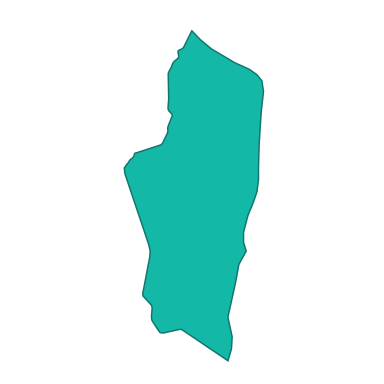 SVG path tracing the border of Ghat, rotated 12°
{"feature_id": "LBY-2968", "entity_name": "Ghat", "entity_type": "Municipality", "adm_level": 1, "iso_a3": "LBY", "parent_name": "Libya", "parent_adm1": "", "projection": "equal_earth", "projection_center": [10.299, 26.072], "detail": "fine", "context": "isolated", "style": "filled", "palette": "teal", "viewbox_px": 384, "rotation_deg": 12, "n_neighbors": 0, "source": "natural_earth", "source_scale": "10m", "svg_char_len": 1213}
<svg xmlns="http://www.w3.org/2000/svg" viewBox="0 0 384 384"><g transform="rotate(12 192 192)"><path d="M190.5,336.2L189.2,335.6L180.3,326.8L179.1,325.2L178.2,322.0L177.1,313.6L175.8,311.1L165.7,303.9L164.9,301.4L164.7,288.9L164.4,276.0L164.2,264.1L163.3,258.4L160.7,252.6L150.4,235.1L142.1,221.1L131.8,203.7L122.4,187.7L120.8,182.7L122.5,178.4L123.4,176.9L124.7,173.4L127.0,170.7L127.6,169.4L127.8,167.9L127.9,166.1L151.7,152.4L153.0,150.6L155.8,139.1L155.7,137.1L154.9,134.6L155.1,131.5L156.8,121.9L156.6,120.6L155.5,119.5L152.5,117.5L151.8,116.7L151.1,115.0L149.8,105.6L144.2,81.6L144.2,80.1L144.5,78.7L145.6,75.1L146.5,69.8L147.5,67.9L150.4,64.2L150.9,62.4L150.3,60.6L149.3,58.6L149.1,56.7L150.7,55.3L152.6,54.0L153.7,52.3L158.3,34.4L158.6,34.5L168.2,41.1L181.2,48.0L194.1,52.3L207.0,56.7L222.7,60.1L231.3,63.9L237.2,68.7L241.0,78.6L243.1,99.5L244.9,112.0L247.6,130.5L251.9,153.9L254.4,165.6L255.5,178.3L254.1,189.8L251.6,203.2L250.8,220.6L252.9,230.6L257.3,238.5L252.9,253.1L253.4,271.0L253.3,289.8L253.1,306.9L261.4,325.3L263.2,337.2L262.3,349.6L240.7,340.9L224.5,334.3L211.6,329.1L210.1,328.7L208.6,328.9L201.1,332.3L193.2,335.9L190.5,336.2Z" fill="#14b8a6" stroke="#0f766e" stroke-width="1.5"/></g></svg>